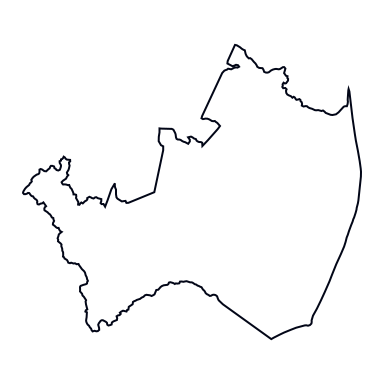 outline of Linhares, Espírito Santo, Brazil
{"feature_id": "56859067B26973485406883", "entity_name": "Linhares", "entity_type": "district", "adm_level": 2, "iso_a3": "BRA", "parent_name": "Brazil", "parent_adm1": "Espírito Santo", "projection": "albers", "projection_center": [-40.123, -19.341], "detail": "fine", "context": "isolated", "style": "outline", "palette": "ink", "viewbox_px": 384, "rotation_deg": 0, "n_neighbors": 0, "source": "geoboundaries", "source_scale": "gbopen_adm2", "svg_char_len": 5849}
<svg xmlns="http://www.w3.org/2000/svg" viewBox="0 0 384 384"><path d="M271.3,339.1L273.7,337.7L280.0,334.5L284.2,332.5L290.8,329.8L296.2,327.7L304.8,325.4L306.4,325.3L308.0,325.7L309.9,325.1L311.4,323.6L311.7,322.0L311.6,320.4L313.0,315.7L316.9,308.7L320.8,300.7L324.8,292.0L329.5,281.3L332.0,274.8L336.3,264.1L340.8,254.3L344.1,246.6L345.6,241.9L346.7,237.5L347.8,234.8L348.9,231.3L351.1,225.3L352.6,221.6L353.3,219.2L354.1,217.5L355.6,212.9L356.5,209.6L356.7,207.9L357.9,203.3L358.4,200.4L360.9,176.6L361.0,171.7L360.7,168.5L359.7,161.2L357.9,150.8L355.9,140.7L354.9,134.4L352.5,117.9L349.4,91.5L348.6,89.0L348.3,90.5L347.8,97.9L347.7,100.0L347.9,101.7L347.6,104.0L346.9,106.2L345.1,106.2L343.7,106.7L338.6,112.3L336.0,114.3L332.5,115.0L330.6,114.8L325.7,112.9L324.5,111.6L323.0,110.5L321.5,111.0L318.3,110.1L316.1,110.3L314.8,110.1L312.1,108.8L309.4,108.0L308.0,107.2L306.9,106.2L305.6,106.1L303.5,106.5L301.8,105.6L302.1,104.0L301.7,102.2L300.6,101.3L300.4,99.9L299.4,99.1L297.8,99.6L296.4,99.8L295.6,98.9L294.8,97.5L293.7,96.8L292.4,97.7L290.9,96.2L288.9,95.4L287.3,94.5L286.3,93.0L286.0,90.8L286.6,89.3L285.3,88.0L283.2,88.2L282.3,86.9L282.8,85.8L282.6,84.3L283.6,82.7L284.9,83.5L286.1,83.2L288.0,80.6L288.1,78.9L287.3,77.9L287.5,76.2L286.0,75.8L284.1,73.1L285.4,68.6L284.2,67.1L283.0,67.1L280.2,68.9L278.9,69.3L276.0,68.9L274.6,69.1L272.8,69.6L271.0,70.5L268.9,72.2L267.6,72.6L266.0,72.6L264.2,71.9L263.4,69.6L262.5,68.2L259.1,67.9L257.3,66.8L256.7,65.4L255.5,63.5L253.8,61.8L251.6,59.1L250.1,58.1L248.9,58.4L247.5,57.1L246.5,55.8L245.6,53.8L244.8,50.3L243.5,49.8L241.7,48.7L240.1,47.3L236.8,45.3L235.0,44.9L227.7,61.0L227.4,63.5L232.5,66.2L234.4,65.6L236.0,64.8L238.0,65.2L239.1,66.7L237.5,67.6L236.2,67.4L234.4,67.7L231.2,69.3L228.1,68.7L227.2,69.5L224.4,70.6L222.2,73.0L202.1,116.1L201.5,118.3L203.0,119.1L205.6,118.6L207.4,118.7L209.3,119.4L211.9,121.0L213.4,121.2L214.8,121.0L215.8,121.9L217.3,122.9L220.0,126.0L217.8,129.0L207.8,140.3L202.4,146.0L202.2,142.7L201.0,142.1L199.0,142.0L197.4,141.3L196.5,140.5L195.9,139.1L194.0,138.5L192.6,137.4L191.0,136.6L188.1,137.3L189.8,139.7L189.8,141.5L188.2,143.8L185.2,142.2L183.5,141.7L182.1,141.0L180.6,139.9L179.1,139.5L177.8,139.5L176.6,138.9L176.0,137.4L175.6,134.3L175.1,132.9L173.4,129.7L171.8,128.9L161.1,128.6L159.5,128.4L159.5,132.4L158.8,136.8L158.7,141.2L161.0,145.2L163.2,146.3L163.2,150.2L154.3,192.2L128.4,202.8L126.4,202.9L125.5,200.9L121.8,201.4L117.5,198.7L116.5,197.4L116.0,194.3L116.0,189.5L115.4,188.2L115.0,187.0L114.8,185.5L114.9,183.3L111.4,189.2L107.5,200.5L105.1,206.7L103.5,204.0L101.6,204.1L100.6,203.1L101.3,201.1L101.3,199.1L97.8,198.2L96.3,197.2L95.1,197.4L93.6,198.5L92.0,198.1L90.9,197.4L89.4,196.8L87.2,198.1L87.3,199.5L86.4,200.5L85.0,201.2L82.8,203.4L81.3,202.5L80.3,203.5L79.4,204.8L78.1,204.6L78.3,202.0L76.0,198.0L76.3,196.4L76.1,194.8L74.8,194.4L73.5,194.4L73.4,193.2L72.9,191.8L71.5,188.8L70.5,187.9L69.8,186.6L69.2,185.0L67.9,185.1L66.0,184.5L64.4,184.4L63.1,184.5L62.2,183.5L61.6,182.2L63.0,180.7L66.0,178.7L67.1,176.5L68.3,175.1L67.2,174.0L66.9,172.5L68.5,169.9L68.9,168.6L69.6,165.6L69.1,164.0L69.0,162.4L70.2,161.4L70.1,159.9L66.9,159.6L65.6,158.7L64.9,157.5L63.7,156.7L63.1,158.0L62.2,159.0L61.0,159.4L61.0,160.6L59.6,161.2L59.7,162.9L61.0,165.2L60.9,166.7L59.9,169.7L58.3,170.5L56.5,170.0L55.6,168.7L54.5,168.3L54.1,166.5L52.5,165.9L50.9,165.9L50.2,166.8L49.6,168.4L48.4,169.2L46.2,171.3L44.3,171.1L42.1,169.5L40.7,169.0L39.5,169.6L39.5,172.2L39.1,173.5L37.9,174.3L36.7,174.6L34.7,176.0L33.6,176.8L32.3,178.3L31.3,179.9L31.8,181.4L31.0,182.5L29.9,183.3L29.2,184.9L26.4,187.2L25.0,188.8L23.4,191.4L23.0,192.9L24.0,194.1L25.6,194.1L26.9,193.7L28.0,192.9L29.3,193.1L30.8,195.3L31.8,196.1L33.1,196.4L34.0,197.9L35.2,199.0L36.5,199.8L37.3,201.2L37.1,202.6L37.6,204.2L39.0,204.5L40.6,203.6L42.1,203.4L43.4,202.4L46.1,206.2L44.8,207.3L44.3,208.8L44.5,210.3L47.6,212.3L48.8,213.6L49.8,214.2L50.9,215.6L51.8,217.4L53.3,218.0L53.5,219.6L54.1,220.9L53.0,223.1L52.9,224.6L54.7,225.9L56.1,227.3L57.3,228.0L58.6,227.9L59.2,229.5L60.2,231.1L61.7,231.9L59.8,233.4L58.8,234.5L58.4,236.2L57.6,238.3L58.2,239.7L58.0,241.3L60.6,243.4L61.5,244.5L61.3,246.1L62.2,248.7L62.3,250.7L63.1,252.3L63.2,255.1L63.0,256.6L64.1,257.3L64.5,258.5L66.9,259.9L67.6,261.0L68.3,262.7L70.0,263.2L71.1,262.7L73.5,263.5L75.0,263.3L76.6,264.2L78.5,264.0L79.1,265.2L81.9,269.1L84.1,271.2L85.0,272.6L85.7,275.3L86.7,277.2L87.1,279.2L87.9,280.9L87.2,281.9L87.0,283.5L85.9,284.2L83.6,284.8L80.6,285.9L80.0,287.0L80.1,290.0L80.0,291.4L82.1,293.8L82.5,295.5L83.8,296.7L86.1,300.2L85.6,301.5L86.0,304.4L87.3,309.4L85.8,310.3L85.4,311.6L86.9,312.3L86.6,317.3L86.3,319.0L86.1,320.6L86.3,321.8L86.9,323.3L87.7,324.6L89.0,325.7L89.9,327.4L91.1,328.6L91.5,330.0L92.6,331.4L94.5,330.8L96.3,331.3L97.8,331.1L99.2,329.9L99.1,328.0L98.2,324.8L98.8,323.3L100.6,320.9L101.5,320.3L102.8,320.2L105.7,321.7L106.9,322.7L107.3,324.7L108.4,325.5L110.1,325.1L111.6,324.5L111.9,322.5L113.4,321.4L116.9,320.0L117.2,318.2L116.6,316.3L118.0,315.4L119.6,315.1L120.7,313.9L119.9,312.7L121.1,311.7L123.0,310.7L126.5,311.5L127.2,309.9L128.4,309.6L128.8,306.8L132.6,304.3L133.0,301.9L134.4,301.1L135.6,300.7L136.6,300.0L140.0,298.9L141.7,297.6L143.5,296.8L144.8,295.4L146.4,294.8L150.0,295.3L151.6,296.0L153.2,295.2L154.5,294.4L156.3,290.0L158.3,289.7L160.6,287.0L162.0,286.0L163.7,285.3L167.5,284.8L168.4,284.0L168.9,282.6L170.2,282.2L171.8,282.6L173.6,283.2L174.8,284.0L175.8,283.4L177.5,283.6L179.3,283.3L180.0,281.6L181.6,281.5L183.4,281.8L185.2,281.4L186.6,281.2L190.0,282.3L191.3,282.3L192.5,282.6L194.8,284.2L196.3,284.6L197.5,285.6L198.6,285.9L199.9,286.6L201.5,287.2L203.0,289.6L204.3,290.7L205.0,291.8L205.7,293.2L207.1,294.3L208.6,295.0L209.7,295.9L210.9,295.8L212.5,294.9L213.9,294.7L215.6,295.1L217.1,296.3L217.9,298.7L218.7,300.3L222.9,304.3L271.3,339.1Z" fill="none" stroke="#020617" stroke-width="2"/></svg>